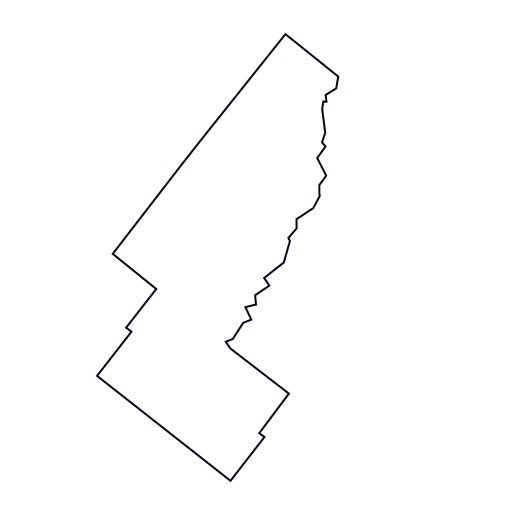 outline of Howard, Arkansas, United States of America, rotated 217°
{"feature_id": "52423323B29422586516725", "entity_name": "Howard", "entity_type": "district", "adm_level": 2, "iso_a3": "USA", "parent_name": "United States of America", "parent_adm1": "Arkansas", "projection": "mercator", "projection_center": [-94.035, 34.052], "detail": "fine", "context": "isolated", "style": "outline", "palette": "ink", "viewbox_px": 512, "rotation_deg": 217, "n_neighbors": 0, "source": "geoboundaries", "source_scale": "gbopen_adm2", "svg_char_len": 703}
<svg xmlns="http://www.w3.org/2000/svg" viewBox="0 0 512 512"><g transform="rotate(217 256 256)"><path d="M310.8,64.6L141.1,61.1L140.3,116.5L146.8,116.4L146.9,165.9L147.5,165.9L220.6,166.7L228.5,169.3L224.6,175.9L226.0,194.9L221.5,202.4L233.7,208.8L226.8,217.2L233.1,224.2L227.5,240.3L236.3,243.4L229.9,267.5L237.9,288.4L241.0,289.9L240.2,302.5L245.8,309.8L239.1,328.7L241.2,342.2L243.6,344.8L248.1,350.8L248.3,362.4L266.1,371.1L266.4,385.3L271.7,386.5L274.8,396.0L291.6,413.2L295.2,419.9L292.6,421.6L297.3,426.6L292.8,438.1L298.3,448.8L299.1,448.8L366.0,450.9L369.6,320.9L370.4,283.7L371.7,171.5L315.8,169.6L316.6,120.6L309.9,120.6L310.8,64.6Z" fill="none" stroke="#020617" stroke-width="2"/></g></svg>